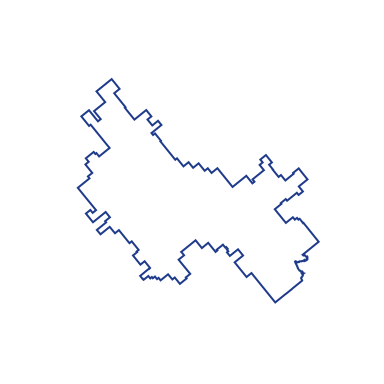 the district of Yalgoo, Western Australia, Australia, rotated 321°
{"feature_id": "25037944B40013954886351", "entity_name": "Yalgoo", "entity_type": "district", "adm_level": 2, "iso_a3": "AUS", "parent_name": "Australia", "parent_adm1": "Western Australia", "projection": "natural_earth1", "projection_center": [117.321, -28.488], "detail": "fine", "context": "isolated", "style": "outline", "palette": "blue", "viewbox_px": 384, "rotation_deg": 321, "n_neighbors": 0, "source": "geoboundaries", "source_scale": "gbopen_adm2", "svg_char_len": 5638}
<svg xmlns="http://www.w3.org/2000/svg" viewBox="0 0 384 384"><g transform="rotate(321 192 192)"><path d="M200.6,63.3L200.6,53.7L181.1,53.7L181.1,67.5L166.8,67.5L166.9,77.9L163.4,77.9L163.4,63.6L153.6,63.6L153.6,75.9L155.6,75.9L155.6,77.7L155.6,78.1L155.6,81.3L155.6,101.6L155.7,105.9L155.3,105.9L147.3,105.9L142.2,105.9L142.2,101.6L140.8,101.6L140.8,99.0L135.6,99.0L130.7,99.0L130.7,103.5L126.5,103.5L126.5,106.2L126.5,114.4L120.9,114.4L120.9,116.9L105.9,116.9L105.9,126.3L106.0,145.7L101.7,145.7L101.7,142.0L96.0,142.0L96.0,146.6L96.0,153.2L112.3,153.2L112.3,160.0L106.1,160.0L106.1,161.6L94.2,161.6L94.3,167.3L106.1,167.3L106.2,175.6L111.2,175.6L111.2,182.5L111.2,184.2L111.2,192.4L114.1,192.4L114.1,203.4L111.5,203.4L111.5,204.2L106.2,204.2L106.2,216.0L111.6,216.0L111.6,224.5L110.9,224.5L110.9,224.8L110.3,224.8L110.3,224.5L100.1,224.6L98.9,224.6L98.9,228.7L99.2,228.7L99.2,229.8L102.3,229.8L105.2,229.8L105.2,232.9L107.3,232.8L107.3,234.4L110.0,234.4L110.0,235.8L110.0,237.7L112.0,237.7L112.0,239.2L112.0,240.9L121.6,240.9L121.7,247.6L124.8,247.6L124.8,255.8L125.0,255.8L125.9,255.8L128.5,255.8L131.2,255.8L133.4,255.8L133.4,254.5L139.1,254.5L139.0,240.8L139.0,236.2L139.4,236.2L146.0,236.2L146.0,232.2L145.9,231.8L146.0,231.8L150.8,231.8L152.9,231.8L154.2,231.8L159.8,231.8L164.4,231.8L164.4,240.0L164.4,241.8L172.6,241.7L172.6,242.2L172.6,243.9L172.6,244.3L172.6,245.6L172.6,246.0L172.6,246.5L172.6,253.4L174.9,253.4L174.9,252.4L178.5,252.4L180.0,252.4L182.9,252.4L182.9,254.6L182.9,255.0L182.9,255.8L182.9,256.4L184.0,256.4L184.0,258.7L182.9,258.7L182.9,260.9L181.2,260.9L181.2,265.5L187.0,265.5L191.3,265.5L191.7,265.5L191.7,273.5L189.9,273.5L180.9,273.5L180.9,292.4L187.2,292.4L187.2,294.3L187.2,298.6L187.2,303.7L187.2,306.9L187.2,318.2L187.2,322.2L187.2,324.5L187.2,327.3L187.2,330.2L189.1,330.2L190.4,330.2L191.3,330.2L193.1,330.2L195.3,330.2L196.2,330.2L196.6,330.2L198.4,330.2L199.3,330.2L200.2,330.2L202.0,330.3L204.2,330.3L204.6,330.3L205.1,330.3L206.0,330.3L206.4,330.3L206.8,330.3L208.6,330.3L209.5,330.2L211.3,330.2L213.0,330.2L213.9,330.2L215.7,330.2L216.5,330.2L221.9,330.2L222.0,330.1L222.0,329.9L222.1,329.7L222.1,329.4L222.2,329.2L222.3,328.8L222.3,328.7L222.3,328.3L222.4,328.0L222.5,327.6L222.8,327.5L223.1,327.3L223.4,327.2L223.6,327.3L223.9,327.1L224.4,327.1L224.6,327.0L224.7,326.9L225.1,326.8L225.2,326.7L225.4,326.8L225.6,326.6L225.8,326.4L225.9,326.1L226.2,326.0L226.2,325.8L226.1,325.6L226.4,325.4L226.8,325.5L227.0,325.6L227.7,325.6L227.4,325.2L227.4,325.3L227.2,325.4L226.5,325.2L226.4,324.9L226.7,324.6L226.7,324.3L226.5,324.1L226.3,324.3L226.3,324.7L226.2,324.7L226.1,324.2L226.2,323.8L226.2,323.5L226.5,323.3L226.6,323.6L227.1,323.8L227.6,323.8L227.7,323.5L227.7,323.1L226.9,322.7L226.7,321.8L226.7,321.5L226.2,321.1L226.1,320.6L226.2,320.3L226.1,320.0L226.1,319.7L226.2,319.1L226.2,318.8L226.3,318.3L226.3,318.0L226.3,317.7L226.5,317.5L226.6,317.4L226.6,317.1L226.6,316.9L226.8,316.7L226.9,316.4L227.1,316.0L227.0,315.8L227.1,315.5L227.1,315.3L227.1,315.1L227.2,314.9L227.4,314.3L227.6,314.0L227.5,313.7L227.6,313.4L227.6,313.2L227.6,312.8L227.7,312.7L227.9,312.6L228.0,312.8L228.3,312.9L228.8,312.8L228.8,312.6L228.9,312.4L228.3,312.2L228.0,311.7L228.1,311.2L228.3,310.9L228.6,310.9L228.9,310.9L229.1,311.1L229.1,311.4L229.0,311.5L228.9,311.4L229.0,311.6L229.3,312.0L229.8,312.7L230.2,313.2L230.7,313.7L231.1,313.8L231.3,313.5L231.5,313.4L231.9,313.5L232.2,313.9L232.3,314.0L232.5,314.1L233.0,314.3L233.3,314.5L233.2,314.6L233.3,314.7L233.4,314.8L233.7,314.8L233.9,314.8L234.1,315.0L234.6,315.3L234.9,315.4L235.0,315.5L235.4,315.5L235.6,315.4L235.8,315.5L236.7,315.6L236.6,315.8L236.7,316.1L236.9,316.3L236.5,316.4L236.3,316.6L236.6,316.7L236.9,316.8L237.1,316.8L237.5,317.0L237.9,316.9L238.3,317.0L238.4,316.8L238.3,316.7L238.7,316.5L239.1,316.6L238.9,316.8L239.0,317.0L239.3,317.0L239.6,316.7L239.9,316.2L239.7,316.1L239.7,315.9L240.0,315.8L240.1,315.7L240.3,315.6L240.4,315.4L240.6,315.5L240.8,315.3L240.9,314.8L240.7,314.8L240.4,314.6L240.0,314.6L240.0,314.0L239.9,312.9L239.6,312.4L240.0,312.5L240.0,312.3L239.7,311.9L239.4,311.7L239.2,311.4L239.0,311.8L238.8,311.7L238.7,311.6L238.6,311.4L238.9,311.2L238.9,310.8L238.7,310.7L238.6,310.4L240.0,310.4L241.3,310.4L242.6,310.4L243.9,310.4L245.3,310.4L246.6,310.4L247.5,310.4L248.8,310.4L250.1,310.4L251.5,310.4L252.8,310.4L254.1,310.4L255.0,310.4L256.3,310.4L257.7,310.4L259.1,310.4L259.2,286.1L258.7,286.1L258.7,285.1L258.8,283.5L258.8,282.8L258.8,281.2L258.8,280.5L258.7,280.4L257.3,280.4L257.3,278.2L254.5,278.2L254.5,275.1L245.5,275.1L245.5,270.1L245.5,267.5L245.5,265.2L245.5,262.9L245.5,257.5L247.7,257.5L249.6,257.5L251.8,257.5L254.0,257.5L254.0,256.5L256.0,256.5L257.9,256.5L258.2,256.5L260.4,256.5L260.4,258.6L263.7,258.6L266.6,258.6L270.2,258.6L273.0,258.6L273.0,261.4L275.6,261.4L278.5,261.4L278.5,254.9L282.1,254.9L285.7,254.9L288.0,254.9L289.7,254.9L289.7,246.6L289.8,240.8L282.5,240.8L282.5,241.8L277.0,241.8L275.9,241.8L271.8,241.8L271.8,238.9L271.8,234.8L268.8,234.8L268.8,225.5L269.1,225.5L269.1,219.3L272.7,219.3L272.7,209.8L265.5,209.8L265.5,213.5L261.6,213.5L261.6,220.3L260.1,220.3L257.9,220.3L255.7,220.3L253.5,220.3L251.5,220.3L247.0,220.3L247.0,223.3L244.4,223.3L244.4,213.6L226.7,213.6L226.7,189.5L219.2,189.5L219.2,183.5L215.2,183.5L215.2,173.9L208.1,173.9L208.1,166.7L204.6,166.7L201.5,166.7L201.5,158.2L201.5,156.4L199.3,156.4L199.3,132.7L200.1,132.7L200.1,123.2L197.6,123.2L197.6,120.7L210.4,120.7L210.4,115.3L203.0,115.3L203.0,107.7L208.0,107.7L208.0,99.5L202.7,99.5L199.2,99.5L192.8,99.5L192.8,90.6L192.8,84.3L193.7,84.3L193.7,66.3L200.6,66.3L200.6,63.3Z" fill="none" stroke="#1e3a8a" stroke-width="2"/></g></svg>